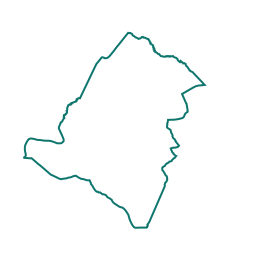 Luruaco, Atlántico, Colombia, rotated 306°
{"feature_id": "7082276B62382925413250", "entity_name": "Luruaco", "entity_type": "district", "adm_level": 2, "iso_a3": "COL", "parent_name": "Colombia", "parent_adm1": "Atlántico", "projection": "natural_earth1", "projection_center": [-75.143, 10.631], "detail": "fine", "context": "isolated", "style": "outline", "palette": "teal", "viewbox_px": 256, "rotation_deg": 306, "n_neighbors": 0, "source": "geoboundaries", "source_scale": "gbopen_adm2", "svg_char_len": 5569}
<svg xmlns="http://www.w3.org/2000/svg" viewBox="0 0 256 256"><g transform="rotate(306 128 128)"><path d="M205.1,72.2L199.3,71.9L189.8,71.5L187.2,71.3L181.4,71.2L178.3,71.0L177.5,71.0L174.3,70.7L172.2,69.9L170.7,68.1L170.7,67.1L170.5,66.4L170.2,65.8L169.8,65.3L161.1,64.8L124.1,71.6L123.9,71.7L123.6,71.4L123.4,70.8L123.1,70.5L122.5,70.2L122.2,70.2L121.4,69.7L121.1,70.3L120.9,70.3L120.5,69.9L120.3,70.0L120.0,69.9L119.8,70.0L119.4,70.5L118.9,70.4L118.4,69.9L117.9,69.7L117.1,69.0L116.5,68.8L116.1,68.4L115.4,68.1L114.9,67.5L114.7,67.6L114.8,67.9L114.7,68.1L114.3,67.8L113.7,68.0L113.5,67.8L113.5,67.5L113.4,67.5L113.0,67.7L112.8,67.5L112.7,67.3L112.9,67.1L112.7,66.8L112.0,66.7L111.8,66.8L111.6,66.7L111.3,66.3L110.8,66.5L110.3,66.5L109.9,66.8L109.1,66.8L108.3,67.1L107.4,67.9L107.1,68.1L106.4,68.2L105.8,68.2L105.5,68.9L105.2,69.3L104.4,69.5L104.2,69.7L103.2,69.5L102.8,69.3L102.5,69.3L102.1,69.6L101.9,69.6L101.5,69.4L101.3,68.9L101.0,68.6L100.8,68.6L100.6,68.8L100.2,68.9L99.8,69.3L99.3,69.4L99.1,70.0L98.8,70.1L98.7,70.5L98.4,70.7L97.9,70.5L97.3,70.5L96.3,70.6L95.3,70.8L93.6,70.8L93.3,70.7L93.0,70.3L92.5,70.4L91.0,71.0L89.6,71.2L88.4,71.5L87.7,71.8L87.2,72.2L86.4,73.2L86.0,74.2L84.8,76.1L84.5,76.8L84.0,77.5L83.4,78.7L81.3,82.2L79.7,83.6L78.6,83.6L76.5,83.0L75.3,81.5L74.0,79.7L73.1,76.2L72.3,73.7L71.2,71.5L69.6,69.3L67.9,66.5L66.8,64.3L65.1,61.6L64.5,60.0L63.7,57.9L62.4,55.5L60.7,54.3L59.7,54.2L57.2,54.3L55.0,54.7L53.4,55.1L51.6,56.0L49.6,57.5L48.0,59.1L47.0,60.4L45.8,61.4L44.4,61.7L42.9,61.2L42.4,60.8L46.3,67.2L46.9,67.7L46.1,76.6L46.1,78.4L45.9,81.2L44.9,92.8L46.1,99.1L46.3,100.6L46.9,103.4L47.1,103.7L49.1,105.7L51.3,108.0L51.5,108.2L52.0,108.4L52.8,108.9L53.3,109.6L54.4,110.6L56.0,111.6L57.1,112.2L58.1,113.3L58.6,113.6L58.7,113.8L58.9,116.2L58.8,117.0L59.0,117.7L59.2,119.1L59.4,120.1L59.6,120.6L60.1,121.4L60.6,122.3L61.2,124.5L61.5,125.3L62.3,126.6L62.9,127.2L63.0,127.4L63.1,127.8L62.9,128.2L62.7,128.2L62.5,128.5L62.1,129.5L61.6,130.4L60.9,130.9L60.4,133.0L59.2,135.5L58.3,138.0L58.0,140.0L58.2,140.4L58.8,141.1L58.5,142.0L59.6,143.6L59.4,144.4L59.4,146.3L60.0,147.2L60.5,148.6L60.7,149.9L60.2,151.0L59.9,152.4L60.3,154.1L60.3,157.1L59.5,158.4L59.0,160.4L59.0,163.0L59.2,165.9L59.2,167.2L59.8,169.1L60.3,170.0L60.3,172.3L59.8,174.6L59.1,176.5L58.0,179.3L55.2,182.8L53.2,186.1L52.0,188.7L51.3,190.8L51.6,192.6L54.3,196.0L58.4,201.6L59.1,201.8L59.4,201.7L59.5,201.4L60.0,201.5L60.3,201.3L60.7,201.3L61.0,201.2L61.2,200.9L61.3,200.5L64.3,200.5L102.5,192.0L103.8,190.9L104.4,190.8L105.8,190.3L107.1,190.6L109.4,190.1L109.9,189.4L110.6,189.0L111.1,188.6L111.8,187.6L111.8,186.4L113.1,183.7L113.9,181.7L114.1,180.6L114.9,179.8L116.2,179.0L117.2,179.3L118.2,179.7L118.8,180.1L120.9,179.9L122.3,180.3L122.6,180.7L123.1,180.7L123.8,181.1L124.5,181.2L125.1,181.2L125.8,181.9L126.9,182.7L127.6,182.5L128.5,182.5L129.3,182.7L130.3,182.8L130.8,183.2L132.0,183.4L133.5,183.4L133.4,183.2L133.6,182.3L133.6,181.0L133.8,180.1L134.1,179.9L134.2,179.6L134.3,179.4L134.3,178.9L134.4,178.1L135.0,177.3L135.8,175.7L136.6,174.6L137.4,175.1L137.8,175.4L138.4,176.0L139.0,176.5L139.5,177.3L140.0,177.9L140.4,178.1L140.8,178.6L141.5,179.0L142.0,179.4L142.3,179.6L143.3,179.5L143.7,179.6L144.7,176.0L145.3,174.1L145.6,174.1L145.8,173.6L146.3,172.6L146.3,171.0L146.6,170.2L146.8,169.7L147.3,169.0L148.2,168.4L148.5,168.0L149.0,167.1L149.6,165.6L150.0,165.2L151.2,163.7L151.5,163.5L151.3,160.7L151.4,159.4L151.8,158.8L152.8,158.3L153.5,158.1L154.6,157.2L154.8,156.9L155.8,156.8L156.1,156.7L158.1,155.6L160.0,158.0L161.7,160.3L163.5,162.2L165.1,163.8L167.8,166.0L168.9,166.5L169.5,166.6L170.3,166.5L172.5,166.0L173.4,165.9L173.9,166.0L176.2,166.7L177.7,165.5L182.1,161.0L182.1,160.6L187.3,151.7L198.7,156.8L201.6,158.3L203.5,159.8L207.9,164.7L210.3,152.1L210.3,151.8L211.2,147.3L210.8,145.5L210.9,144.6L210.7,144.0L211.1,143.5L211.2,143.1L212.3,140.3L212.6,138.1L213.6,137.1L213.6,135.5L212.7,134.7L212.8,134.6L212.9,134.2L212.9,133.7L213.0,133.3L213.1,133.2L212.9,132.8L213.2,131.2L211.8,131.3L211.8,130.5L211.9,130.0L212.0,129.1L212.1,128.4L213.0,127.3L213.0,126.4L213.0,125.5L212.6,124.5L212.4,123.3L212.7,122.4L212.5,121.9L212.0,121.7L211.5,121.1L211.3,120.4L210.8,120.0L210.7,119.8L210.6,119.6L210.4,119.9L210.1,119.6L209.8,118.9L209.4,117.6L209.2,117.4L209.2,117.6L208.9,117.6L208.6,117.2L208.5,116.9L207.3,115.9L206.9,115.5L206.6,114.6L206.1,113.4L205.5,112.4L205.7,110.9L206.0,110.2L205.9,110.1L205.9,109.7L206.0,109.6L205.6,108.8L205.7,108.6L205.8,107.7L205.8,107.1L205.7,106.7L205.8,105.9L205.5,105.5L205.6,105.4L205.9,105.1L206.1,104.8L206.0,104.5L205.9,104.3L205.8,103.9L206.2,103.7L206.5,103.7L206.5,103.4L206.5,103.1L207.0,103.3L207.3,103.1L207.7,102.5L207.7,102.2L207.8,102.0L208.1,101.8L208.2,101.7L208.1,101.4L207.9,101.5L207.7,101.5L207.7,101.4L207.8,101.2L208.1,101.0L209.0,100.1L209.3,100.1L209.5,99.7L209.6,99.3L209.7,99.0L209.6,98.7L209.5,98.3L209.5,97.9L209.3,97.2L209.4,96.4L209.5,96.3L209.8,96.5L210.0,96.1L210.4,96.0L210.4,95.9L210.4,95.4L210.5,95.2L210.7,94.6L211.2,94.1L211.3,93.5L211.7,92.9L211.9,92.3L211.9,92.1L211.5,91.8L211.4,91.6L211.5,91.2L211.2,90.1L211.2,89.4L211.1,88.9L210.4,87.5L210.3,87.4L210.5,87.0L210.5,86.8L210.4,86.8L210.2,86.9L210.0,86.3L209.7,85.7L209.1,85.6L208.1,85.5L207.7,85.3L207.0,84.5L206.5,84.3L206.2,84.0L206.2,83.9L206.3,83.3L206.3,83.0L206.2,82.5L206.0,81.5L205.8,81.2L205.9,80.7L205.8,80.2L205.9,79.4L205.8,78.2L205.7,77.7L205.7,77.2L206.3,76.4L206.4,76.2L206.5,75.9L206.3,75.2L206.3,74.2L206.2,74.0L206.1,73.8L205.7,73.6L205.5,73.1L205.2,72.7L205.1,72.2Z" fill="none" stroke="#0f766e" stroke-width="2"/></g></svg>